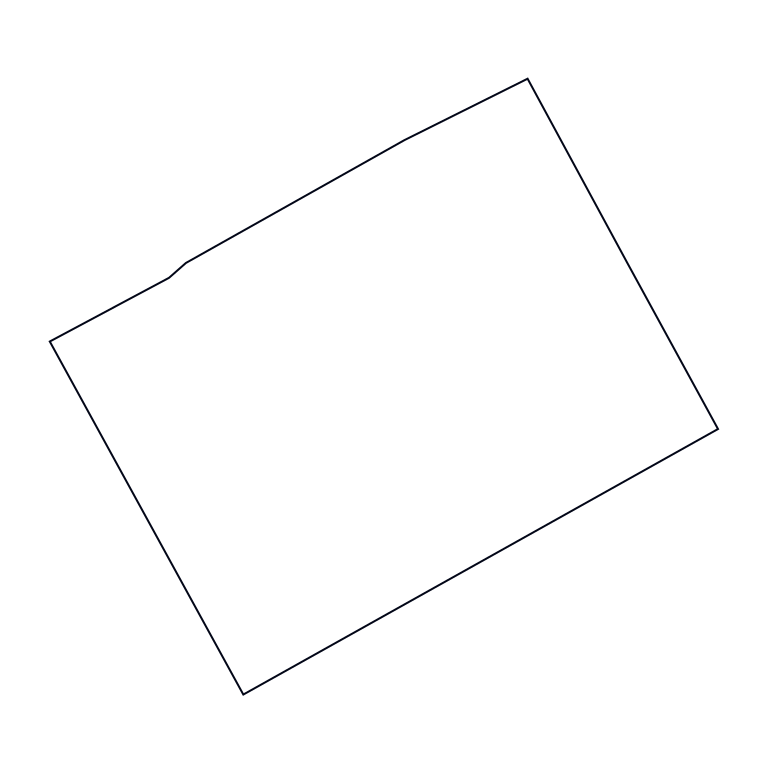 Williamson, Illinois, United States of America, rotated 151°
{"feature_id": "52423323B83149544823658", "entity_name": "Williamson", "entity_type": "district", "adm_level": 2, "iso_a3": "USA", "parent_name": "United States of America", "parent_adm1": "Illinois", "projection": "natural_earth1", "projection_center": [-88.92, 37.73], "detail": "fine", "context": "isolated", "style": "outline", "palette": "ink", "viewbox_px": 768, "rotation_deg": 151, "n_neighbors": 0, "source": "geoboundaries", "source_scale": "gbopen_adm2", "svg_char_len": 274}
<svg xmlns="http://www.w3.org/2000/svg" viewBox="0 0 768 768"><g transform="rotate(151 384 384)"><path d="M657.6,180.6L113.7,182.7L112.5,372.7L110.4,581.4L247.9,587.4L498.6,585.9L520.5,581.1L655.7,583.2L657.6,180.6Z" fill="none" stroke="#020617" stroke-width="2"/></g></svg>